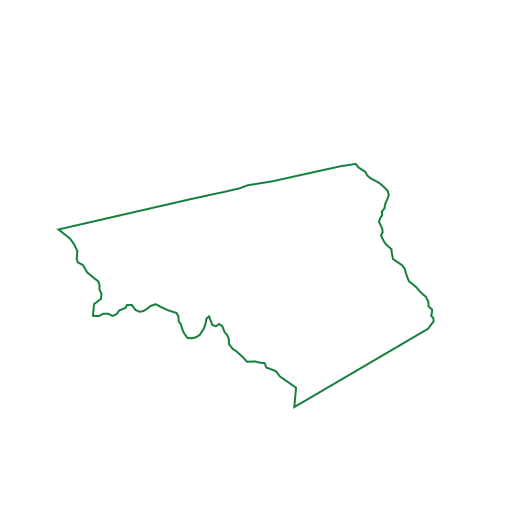 outline of Água Branca, Alagoas, Brazil, rotated 297°
{"feature_id": "56859067B70474905670941", "entity_name": "Água Branca", "entity_type": "district", "adm_level": 2, "iso_a3": "BRA", "parent_name": "Brazil", "parent_adm1": "Alagoas", "projection": "natural_earth1", "projection_center": [-37.913, -9.252], "detail": "fine", "context": "isolated", "style": "outline", "palette": "green", "viewbox_px": 512, "rotation_deg": 297, "n_neighbors": 0, "source": "geoboundaries", "source_scale": "gbopen_adm2", "svg_char_len": 1792}
<svg xmlns="http://www.w3.org/2000/svg" viewBox="0 0 512 512"><g transform="rotate(297 256 256)"><path d="M128.7,137.9L131.1,143.2L135.2,146.1L137.5,150.6L137.5,155.5L141.3,158.3L145.3,158.8L147.7,160.9L150.4,163.2L153.7,163.3L156.0,167.6L153.2,173.1L153.4,177.4L155.7,180.6L159.5,182.9L163.5,184.7L167.5,188.5L167.4,194.8L167.7,202.3L168.5,207.1L169.2,210.8L167.1,214.2L162.9,216.7L161.1,220.0L157.9,223.0L154.5,226.9L151.9,232.1L153.7,236.5L156.5,239.5L160.1,241.7L163.7,242.1L167.7,242.5L172.9,241.7L177.9,240.3L180.9,241.6L177.5,245.3L174.7,248.4L175.3,252.2L178.6,254.0L178.3,257.6L176.0,260.3L173.8,262.7L172.3,266.6L169.7,269.5L165.3,271.8L162.6,277.5L162.2,281.6L161.3,285.1L159.7,290.8L157.7,296.0L159.8,299.8L161.6,302.9L162.3,306.5L164.4,312.3L161.3,315.9L161.9,320.5L162.4,326.1L159.5,332.0L156.8,351.5L138.8,358.7L208.8,403.6L269.4,442.4L274.5,443.2L278.1,444.0L281.1,442.3L282.4,439.1L285.4,438.5L288.2,437.3L289.4,432.6L293.6,430.3L296.8,425.9L297.7,421.7L299.0,417.7L300.7,413.6L301.9,409.1L302.9,403.8L305.8,400.4L309.1,397.1L312.1,394.3L314.1,390.4L314.8,385.0L315.4,379.6L318.8,376.8L323.7,373.3L325.0,367.6L326.8,363.8L328.8,361.0L331.2,358.0L334.7,358.1L337.4,356.3L340.2,352.8L342.2,350.1L346.3,349.5L349.6,349.9L352.5,348.0L356.7,348.8L361.8,347.4L366.6,347.2L370.7,346.6L373.8,343.8L375.8,338.0L377.0,332.9L377.2,327.9L377.2,323.0L378.3,318.4L380.6,315.2L381.1,310.7L381.4,307.1L383.3,303.0L374.2,290.4L348.4,259.0L330.3,237.1L315.4,216.7L308.4,210.2L305.7,206.9L297.2,196.8L293.5,192.1L276.7,171.6L190.0,68.0L188.5,75.3L187.1,82.4L183.8,88.7L179.3,94.5L171.6,97.8L169.4,100.1L169.4,105.8L164.7,113.1L162.9,121.2L161.8,127.1L158.8,130.0L155.0,131.7L152.3,135.4L147.4,137.3L139.7,133.6L132.9,136.1L128.7,137.9Z" fill="none" stroke="#15803d" stroke-width="2"/></g></svg>